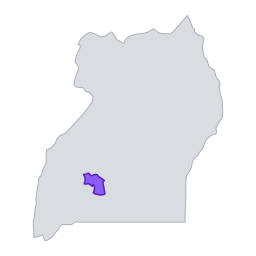 Sembabule highlighted on a map of Uganda
{"feature_id": "UGA-3077", "entity_name": "Sembabule", "entity_type": "District", "adm_level": 1, "iso_a3": "UGA", "parent_name": "Uganda", "parent_adm1": "", "projection": "robinson", "projection_center": [31.266, -0.042], "detail": "fine", "context": "in_parent", "style": "filled", "palette": "violet", "viewbox_px": 256, "rotation_deg": 0, "n_neighbors": 0, "source": "natural_earth", "source_scale": "10m", "svg_char_len": 2779}
<svg xmlns="http://www.w3.org/2000/svg" viewBox="0 0 256 256"><path d="M185.1,222.1L181.3,222.1L175.1,222.1L168.9,222.1L162.7,222.1L156.4,222.1L150.2,222.1L144.0,222.1L137.8,222.1L131.6,222.1L125.4,222.1L119.1,222.1L112.9,222.1L106.7,222.1L100.5,222.1L94.3,222.1L88.1,222.1L81.8,222.1L78.2,222.1L77.4,222.0L76.9,221.8L74.6,222.3L72.2,224.1L69.6,224.8L66.8,224.5L66.5,224.7L65.1,224.6L63.1,224.5L61.2,225.0L59.9,226.5L58.4,229.1L55.9,232.1L53.9,234.7L52.2,236.6L48.3,239.7L46.2,240.6L45.2,240.5L44.5,239.9L43.3,236.0L42.5,235.3L35.0,237.4L33.9,237.4L34.0,236.2L33.4,226.8L33.3,221.1L34.3,217.6L34.9,213.4L34.9,209.8L36.3,203.6L35.8,199.9L37.6,186.9L38.1,184.8L38.8,178.6L39.9,176.6L40.9,175.9L42.2,172.0L44.6,165.9L46.3,162.7L46.0,155.8L46.3,151.1L46.6,150.0L50.3,148.3L55.0,143.9L57.0,138.8L59.9,135.5L65.4,133.4L81.6,115.8L89.2,106.3L92.4,101.5L92.6,99.8L93.2,97.5L91.9,95.7L90.3,94.1L89.8,92.6L88.4,91.8L86.5,91.9L85.2,90.8L83.7,88.6L82.3,87.3L77.7,87.4L74.1,85.2L74.2,82.3L75.6,76.4L78.3,69.7L78.4,67.9L78.0,66.3L77.4,65.0L76.2,63.6L75.0,62.0L75.9,57.2L77.6,52.5L79.0,50.1L80.3,47.5L80.0,45.3L78.0,44.2L79.0,42.1L81.1,38.6L85.3,35.0L88.9,32.6L91.4,32.6L96.1,34.5L100.4,36.7L102.7,36.8L105.6,35.9L111.5,31.9L112.9,33.2L114.6,35.6L116.5,39.6L120.2,41.5L122.0,42.7L123.3,43.1L124.0,42.8L125.4,39.6L127.1,37.9L130.3,35.7L137.2,34.0L142.2,33.5L144.3,33.1L147.8,32.1L153.4,28.8L158.9,33.0L164.8,33.8L170.6,33.8L172.3,32.5L173.3,31.5L179.4,24.7L187.6,15.4L193.0,28.5L194.9,29.2L194.6,30.4L194.2,31.5L197.8,34.6L202.2,36.3L203.7,37.9L203.9,39.7L202.4,47.3L202.7,49.5L204.1,57.2L206.7,58.9L209.0,66.6L213.7,69.9L214.4,70.9L215.5,74.6L216.9,78.7L218.0,79.7L218.7,79.9L220.1,84.3L219.3,86.7L220.4,94.1L222.2,100.8L222.6,108.7L222.7,112.2L222.6,114.4L222.2,117.4L221.4,119.1L219.9,120.8L218.2,123.5L216.8,126.4L215.9,127.8L216.6,132.0L216.4,133.2L216.0,133.7L213.9,134.4L211.2,135.5L209.5,136.7L207.2,138.8L205.3,141.2L202.9,148.1L198.7,153.5L198.0,155.3L194.1,158.5L192.4,162.4L191.3,167.3L189.8,170.8L186.5,175.6L185.8,183.1L185.9,198.2L185.0,215.4L185.1,222.1Z" fill="#d9dde1" stroke="#a8b0b8" stroke-width="1"/><path d="M83.6,174.4L83.9,174.3L85.2,174.3L86.5,174.1L87.8,173.3L89.1,173.4L90.1,174.7L91.2,175.7L92.7,175.7L93.7,174.6L95.3,174.5L96.9,174.6L97.5,175.1L98.3,176.5L99.0,176.8L101.7,178.5L104.3,180.5L102.9,181.7L103.3,184.6L104.1,189.2L104.8,192.8L104.7,194.2L104.1,194.4L101.7,194.9L99.7,194.9L98.9,194.7L98.2,194.6L95.3,194.1L93.3,192.8L93.7,191.8L94.0,190.7L94.3,189.8L94.5,188.7L94.4,188.1L94.3,187.5L94.4,186.4L93.7,185.5L92.7,184.7L92.2,186.1L90.4,185.1L90.3,184.4L88.4,183.7L87.6,183.5L87.1,183.9L86.3,184.2L85.1,183.8L84.2,183.7L84.4,183.0L84.8,182.5L85.1,181.6L85.1,179.1L85.0,177.5L84.2,176.0L83.6,174.4Z" fill="#8b5cf6" stroke="#5b21b6" stroke-width="1.5"/></svg>